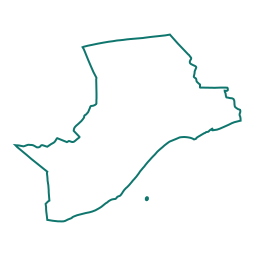 La Gi, Bình Thuận, Vietnam (orthographic projection)
{"feature_id": "81297802B85161602276488", "entity_name": "La Gi", "entity_type": "district", "adm_level": 2, "iso_a3": "VNM", "parent_name": "Vietnam", "parent_adm1": "Bình Thuận", "projection": "orthographic", "projection_center": [107.79, 10.714], "detail": "fine", "context": "isolated", "style": "outline", "palette": "teal", "viewbox_px": 256, "rotation_deg": 0, "n_neighbors": 0, "source": "geoboundaries", "source_scale": "gbopen_adm2", "svg_char_len": 4761}
<svg xmlns="http://www.w3.org/2000/svg" viewBox="0 0 256 256"><path d="M47.3,219.9L48.0,220.0L53.1,220.8L57.7,221.3L61.9,221.4L63.7,221.3L65.4,220.8L67.5,219.7L71.5,218.1L72.0,217.7L72.4,217.2L73.8,216.5L77.2,215.2L85.9,213.0L89.5,212.3L92.3,211.5L95.4,210.3L99.2,208.2L101.4,206.8L105.7,203.3L106.3,203.0L107.5,202.2L108.2,201.5L109.2,200.8L110.7,200.0L111.5,199.6L112.7,199.3L113.8,199.1L115.1,199.0L115.8,198.7L116.1,198.4L117.4,196.8L118.3,196.4L119.9,195.8L120.6,195.2L121.6,193.9L122.3,192.9L122.8,192.0L124.3,189.9L126.1,188.0L127.2,187.1L129.4,184.8L133.1,180.3L134.8,178.5L134.9,178.3L136.4,176.6L137.8,174.7L138.5,173.8L139.4,172.5L139.9,171.6L140.6,170.8L143.1,167.8L144.3,166.5L145.7,164.6L147.7,162.2L149.8,159.9L151.3,158.2L153.0,156.4L154.9,154.5L156.9,152.2L157.5,151.5L158.0,151.1L158.5,150.6L160.1,149.2L162.6,147.1L164.5,145.4L165.0,145.0L167.6,143.0L169.0,142.0L169.6,141.6L171.8,140.7L176.2,138.9L179.7,137.4L181.1,137.2L184.0,137.0L185.7,137.1L187.7,137.3L190.4,137.8L192.4,138.5L193.2,138.9L193.6,139.3L194.2,139.4L194.8,139.2L195.8,138.9L196.2,138.4L196.6,137.8L197.9,136.9L199.8,135.8L201.8,134.6L204.0,133.3L205.3,132.8L205.5,132.6L205.8,132.3L206.3,132.1L208.3,131.7L208.7,131.4L209.0,131.1L209.3,130.7L209.8,130.3L210.3,129.9L210.8,129.7L211.0,129.7L211.3,129.5L211.4,129.2L211.5,129.0L211.9,128.8L212.3,128.7L212.5,129.2L212.4,129.6L212.3,129.9L212.3,130.2L212.7,130.3L217.2,129.6L220.0,128.6L224.1,126.8L228.8,124.7L231.8,123.2L234.4,122.2L239.5,120.9L240.6,120.7L240.6,120.1L240.5,118.2L240.3,117.2L240.2,116.6L239.8,115.8L239.6,115.0L239.6,114.3L239.7,113.7L240.0,112.9L240.3,111.9L240.3,110.7L240.1,110.1L240.0,109.8L239.2,109.5L238.0,109.1L236.6,108.2L235.5,107.3L235.0,106.8L234.8,106.4L234.7,105.8L234.5,104.6L234.4,102.3L234.3,100.9L233.9,99.8L233.6,99.2L233.3,98.9L232.7,98.6L232.3,98.4L231.3,98.2L229.9,98.1L228.7,97.8L228.3,97.7L227.8,97.6L226.5,97.4L226.2,96.9L225.8,95.3L225.7,94.5L225.6,93.6L225.3,92.8L224.8,91.8L224.7,90.7L226.6,90.9L227.1,90.7L227.7,90.3L227.8,89.8L227.8,89.2L227.8,88.8L227.5,87.9L227.3,87.7L225.3,87.6L220.5,87.6L214.8,87.8L202.7,87.6L200.2,87.6L200.0,87.4L200.0,87.0L200.0,85.8L200.0,85.1L200.0,84.6L199.9,84.4L198.7,83.5L197.2,82.1L196.7,81.5L196.5,81.0L196.4,80.3L196.3,79.6L196.1,78.9L196.0,78.6L195.8,78.4L194.7,77.7L194.1,77.2L193.9,76.9L193.8,76.5L194.0,75.7L194.4,74.0L194.6,72.9L194.6,72.0L194.7,71.4L195.0,70.5L195.8,68.7L196.2,67.7L196.2,67.3L196.0,66.7L195.4,66.2L194.7,65.8L193.3,65.2L191.7,64.4L190.8,63.9L190.4,63.5L190.0,63.0L189.8,62.2L189.8,61.7L190.0,61.0L190.3,60.2L191.0,59.2L191.1,58.7L191.2,58.1L191.1,57.8L190.6,57.1L190.1,56.6L189.6,55.8L189.2,55.3L188.9,54.9L188.4,54.6L177.9,43.6L176.2,41.7L169.9,34.6L169.7,34.7L169.3,34.7L165.2,35.4L155.9,36.4L153.9,36.6L150.3,37.0L144.9,37.7L142.9,38.0L139.2,38.3L129.7,39.1L126.8,39.4L123.2,39.9L120.4,40.2L117.0,40.5L112.9,41.2L108.9,41.7L103.0,42.7L97.1,43.8L92.4,44.8L87.9,45.7L83.9,46.7L82.6,47.2L83.8,49.2L85.1,52.3L87.8,59.0L90.6,65.6L93.5,72.2L96.4,77.7L96.4,78.2L96.3,78.7L96.2,79.5L96.3,83.8L96.4,88.9L96.5,93.7L96.5,98.6L96.4,100.1L96.4,103.5L96.1,104.1L94.9,105.0L93.3,105.7L91.1,106.0L90.7,106.2L90.6,106.4L90.2,107.0L89.8,108.2L89.5,108.9L88.7,110.8L88.1,112.2L87.3,113.1L86.6,113.9L86.1,114.4L85.5,114.9L84.8,115.2L84.6,115.4L84.4,115.7L84.2,116.1L84.2,116.5L84.1,116.9L84.1,117.3L83.8,117.9L82.8,119.3L81.4,121.0L78.3,123.9L76.2,125.7L74.9,127.1L74.5,127.7L74.2,128.4L74.0,128.9L73.9,129.4L73.7,130.8L74.8,132.0L78.3,135.6L79.2,136.6L79.5,137.0L79.2,137.5L76.9,139.3L75.3,140.7L74.1,141.6L73.0,142.0L72.0,142.0L70.0,141.3L69.3,141.1L68.9,141.0L66.9,142.1L60.0,139.3L57.5,138.3L57.2,138.2L56.5,139.0L56.0,139.8L55.5,140.7L54.9,141.5L54.3,142.2L53.3,142.9L51.1,144.1L47.3,146.7L45.8,146.3L44.2,145.7L43.7,145.6L42.9,145.3L42.6,145.2L42.1,145.2L41.7,145.2L41.4,145.3L41.1,145.5L40.8,145.7L40.4,146.2L40.2,146.5L39.9,146.7L39.6,146.9L39.3,147.1L39.0,147.2L38.6,147.3L38.1,147.3L37.2,147.4L36.6,147.2L35.6,146.6L34.4,145.9L34.0,145.7L33.4,145.4L32.8,145.2L32.3,145.1L32.0,145.0L29.9,144.9L28.8,144.8L28.2,144.8L27.7,144.9L27.1,145.1L26.6,145.3L26.0,145.5L25.4,145.7L24.8,146.0L24.3,146.1L24.0,146.2L23.7,146.3L23.2,146.3L21.6,146.0L19.1,145.5L18.1,145.4L17.7,145.4L17.1,145.3L16.3,145.3L15.4,145.2L17.1,147.0L27.0,155.2L31.3,158.9L42.9,168.2L47.3,171.7L47.0,172.5L46.9,172.9L47.4,177.2L47.6,180.7L48.1,183.9L48.3,185.0L48.7,190.4L48.7,192.0L49.1,197.1L49.4,200.6L48.5,201.1L47.8,201.7L46.5,203.0L45.6,203.9L46.1,207.2L46.1,209.2L46.3,211.7L46.8,215.7L47.2,219.1L47.3,219.9ZM147.2,200.0L147.5,199.7L147.9,199.1L147.9,198.6L147.9,198.0L147.7,197.5L147.4,197.3L146.8,197.2L146.5,197.4L146.2,197.8L145.9,198.1L145.8,199.2L145.9,199.7L146.2,200.0L146.7,200.2L147.2,200.0Z" fill="none" stroke="#0f766e" stroke-width="2"/></svg>